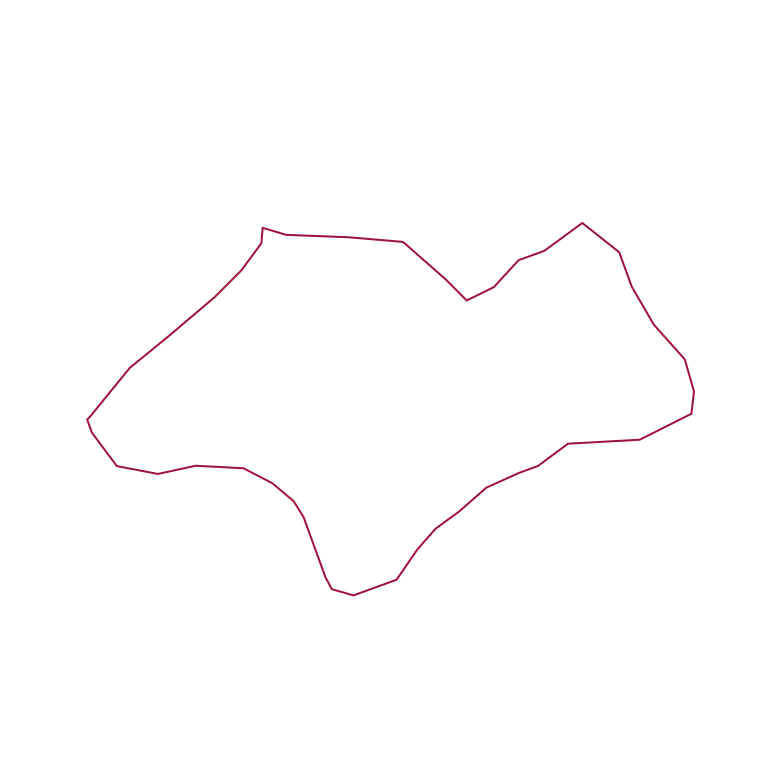 SVG path tracing the border of Plasnica, rotated 160°
{"feature_id": "MKD-2902", "entity_name": "Plasnica", "entity_type": "Statistical Region", "adm_level": 1, "iso_a3": "MKD", "parent_name": "North Macedonia", "parent_adm1": "", "projection": "albers", "projection_center": [21.117, 41.443], "detail": "fine", "context": "isolated", "style": "outline", "palette": "rose", "viewbox_px": 768, "rotation_deg": 160, "n_neighbors": 0, "source": "natural_earth", "source_scale": "10m", "svg_char_len": 728}
<svg xmlns="http://www.w3.org/2000/svg" viewBox="0 0 768 768"><g transform="rotate(160 384 384)"><path d="M485.0,195.8L503.2,209.0L505.1,222.4L505.1,254.3L505.1,286.4L509.0,304.9L522.9,329.0L544.9,352.9L588.9,371.6L627.2,376.8L663.1,398.2L675.1,438.1L675.1,452.1L670.8,454.2L617.2,486.2L571.2,502.2L513.3,523.6L479.3,539.5L451.1,558.2L444.6,572.2L424.9,557.6L367.3,534.1L317.5,511.0L290.1,460.9L277.7,434.2L247.6,437.5L215.2,454.3L211.7,454.3L187.8,454.3L142.6,467.5L117.9,427.4L117.9,390.9L110.2,347.6L92.9,304.2L95.3,270.8L105.3,250.9L162.8,244.2L230.3,264.6L231.5,265.0L267.4,254.3L287.5,254.3L323.3,251.6L357.3,238.4L385.1,230.4L409.4,217.0L439.1,195.8L485.0,195.8Z" fill="none" stroke="#9f1239" stroke-width="2"/></g></svg>